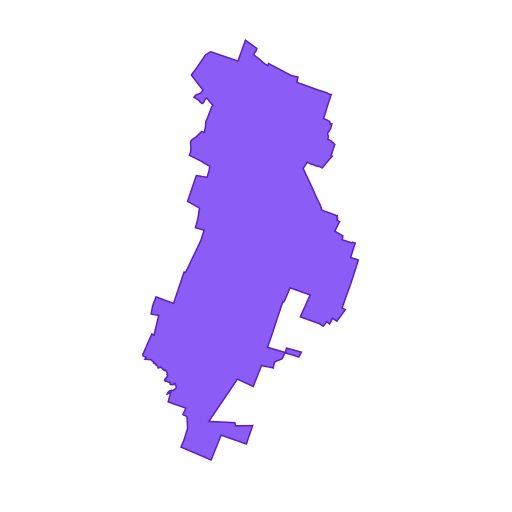 outline of Tzucacab, Quintana Roo, Mexico, rotated 12°
{"feature_id": "50627088B84672530546512", "entity_name": "Tzucacab", "entity_type": "district", "adm_level": 2, "iso_a3": "MEX", "parent_name": "Mexico", "parent_adm1": "Quintana Roo", "projection": "mercator", "projection_center": [-89.047, 19.921], "detail": "fine", "context": "isolated", "style": "filled", "palette": "violet", "viewbox_px": 512, "rotation_deg": 12, "n_neighbors": 0, "source": "geoboundaries", "source_scale": "gbopen_adm2", "svg_char_len": 6001}
<svg xmlns="http://www.w3.org/2000/svg" viewBox="0 0 512 512"><g transform="rotate(12 256 256)"><path d="M318.9,345.9L320.4,340.6L305.0,339.7L305.0,341.5L304.8,342.0L304.8,342.4L305.3,344.3L297.2,343.7L295.0,343.5L293.0,343.4L289.0,343.1L286.2,342.9L286.5,340.5L286.8,338.4L287.0,336.9L287.2,335.6L288.1,328.4L289.1,318.6L289.4,315.6L290.5,306.0L290.8,304.0L291.0,301.5L291.6,296.5L291.6,296.1L291.7,295.4L292.7,295.2L293.2,293.6L294.0,289.8L294.4,288.1L295.1,284.3L295.7,280.8L295.9,280.1L296.3,280.0L296.5,280.1L302.4,280.9L307.0,281.5L312.1,282.2L317.1,282.8L316.0,287.8L315.4,290.4L315.0,292.7L313.9,297.6L313.6,298.7L312.8,302.6L312.0,306.3L315.6,306.8L320.6,307.5L331.8,309.0L336.4,310.6L338.9,305.6L342.1,307.1L343.8,301.1L348.7,302.9L354.5,289.9L351.0,289.0L352.5,277.5L353.1,273.2L354.3,264.6L355.2,256.3L355.6,252.3L355.8,251.0L356.8,239.9L356.9,238.6L354.4,238.3L351.5,238.0L348.9,237.8L350.0,226.3L350.4,222.8L347.5,222.5L346.7,223.2L337.0,222.2L336.8,218.3L327.9,215.3L330.6,205.0L330.1,205.0L329.3,204.8L328.9,204.7L327.8,203.9L328.0,201.9L327.3,201.6L327.1,199.7L319.4,198.7L315.5,198.1L311.1,197.5L310.2,196.7L310.2,196.0L309.3,194.5L308.0,192.5L303.0,186.2L300.2,182.2L294.8,174.9L291.0,169.9L288.2,166.3L283.9,160.5L286.1,155.1L286.7,153.5L290.2,154.6L293.5,154.8L295.2,155.2L296.6,155.5L298.3,155.2L299.2,155.4L299.6,155.3L299.8,155.4L301.0,155.7L302.5,156.1L304.5,152.2L306.4,148.6L307.9,145.8L309.9,142.5L308.6,142.2L309.1,137.4L309.4,134.6L309.7,131.3L309.9,130.5L305.8,128.0L304.1,127.4L302.0,126.9L302.0,124.0L300.8,122.0L300.6,120.9L300.7,120.5L301.3,119.1L302.1,116.9L302.5,115.9L302.7,110.9L301.0,111.1L301.0,110.7L300.1,109.2L296.8,108.1L293.5,107.5L293.6,106.3L293.8,104.3L293.9,104.0L293.9,103.6L294.4,98.1L294.6,96.1L294.7,94.2L294.9,92.3L295.0,91.8L295.0,91.7L295.0,91.1L295.0,90.7L295.0,90.4L295.1,90.1L295.2,89.5L295.2,89.2L295.3,88.9L295.3,88.5L295.5,87.2L295.9,83.4L295.9,83.2L296.1,82.3L295.6,82.3L295.3,82.4L294.9,82.6L294.1,82.5L293.8,82.4L293.3,82.3L293.2,82.2L292.8,82.1L292.6,82.0L291.9,81.7L290.1,81.5L289.4,81.4L288.9,81.4L288.4,81.3L286.6,81.1L286.0,81.0L285.2,80.9L284.3,81.0L283.7,80.9L259.8,77.6L259.8,76.6L259.8,72.2L258.5,72.2L257.8,72.2L252.8,72.1L252.5,72.1L249.6,71.2L247.1,70.5L246.4,70.3L245.1,69.9L244.4,69.7L242.0,69.0L241.1,68.8L240.6,68.6L237.0,67.6L236.2,67.4L233.4,66.5L232.5,66.3L231.2,66.0L230.7,65.8L228.3,65.1L228.0,67.0L227.9,67.3L226.1,66.7L225.0,66.4L222.2,64.9L221.1,64.3L219.9,63.6L218.7,62.9L218.2,62.7L216.6,61.9L215.6,61.3L214.9,61.2L213.9,60.7L213.3,60.3L212.7,59.9L212.2,59.1L212.2,58.7L212.2,58.2L212.3,57.8L212.3,57.3L212.4,57.2L212.6,56.9L212.9,56.6L213.2,55.9L213.4,55.4L213.5,54.8L213.6,53.8L213.7,52.8L211.3,51.8L210.2,51.3L200.8,47.1L200.3,51.2L197.8,69.1L169.3,65.6L164.9,69.6L157.9,86.6L156.5,89.4L155.1,92.4L168.1,103.5L169.8,104.6L169.5,105.1L169.0,105.9L168.2,107.7L168.0,108.1L167.7,108.4L167.1,108.8L166.9,108.9L166.6,109.1L166.4,109.3L166.1,109.5L165.6,109.9L165.3,110.1L165.1,110.2L164.9,110.2L164.5,110.3L164.1,110.6L163.7,111.0L163.3,111.7L163.2,111.9L163.0,112.6L162.7,112.9L162.4,113.3L162.2,113.6L165.9,114.9L166.9,115.2L167.5,115.6L168.5,116.1L168.8,116.4L169.1,116.8L169.3,117.0L171.2,118.0L171.6,118.0L171.8,118.0L172.6,117.1L172.8,116.8L172.9,116.6L173.0,116.4L173.3,114.6L173.4,114.4L173.5,114.0L173.8,113.3L174.2,112.4L174.4,112.0L174.9,112.0L175.3,112.1L175.7,112.3L182.4,117.6L181.7,119.3L179.7,131.7L179.0,134.9L179.6,139.8L179.8,145.9L176.9,145.6L173.2,151.2L171.9,152.9L171.2,153.3L168.7,156.3L168.3,157.0L168.5,159.3L169.7,162.9L170.4,167.3L169.9,171.4L175.7,172.8L178.6,173.6L182.4,174.5L186.4,176.2L188.3,176.5L189.2,176.9L191.0,177.5L192.1,177.7L192.2,178.4L192.2,179.6L192.3,181.0L192.4,181.4L192.4,182.0L192.0,186.0L192.0,186.8L191.9,187.7L191.9,188.3L191.8,188.9L191.8,189.2L180.9,189.7L177.7,216.8L178.1,217.0L179.3,217.3L180.2,217.6L180.7,217.7L181.0,217.8L181.4,218.0L181.6,218.0L183.3,218.6L184.5,218.9L185.6,219.3L186.1,219.5L186.9,219.7L187.3,219.8L188.4,220.1L188.7,220.2L189.1,220.2L189.7,220.5L190.5,220.8L190.8,220.9L190.8,222.2L190.8,222.7L190.9,223.5L190.9,224.3L191.0,225.2L191.1,226.7L191.2,227.1L191.2,227.4L191.3,228.6L191.3,229.3L191.3,230.3L191.3,231.4L191.3,231.9L191.3,232.6L191.1,236.6L191.1,237.6L191.0,239.1L190.9,239.5L190.9,240.9L192.3,241.0L193.6,241.1L197.4,241.3L198.9,241.4L199.9,241.4L199.8,241.9L199.8,242.5L199.6,243.8L199.6,244.2L199.6,244.6L199.3,247.4L199.2,248.5L199.1,248.9L198.8,252.7L198.7,252.9L190.5,286.8L189.0,286.6L185.2,319.5L166.7,316.8L165.3,326.0L165.4,334.5L173.2,334.4L172.7,354.7L170.4,353.9L168.7,361.5L165.7,376.2L166.7,377.4L169.7,378.0L168.8,380.0L174.7,379.4L175.7,379.6L176.2,380.3L177.5,381.0L178.0,381.0L177.9,381.5L178.5,382.4L180.1,382.0L180.4,383.2L181.1,383.1L182.8,384.5L183.6,385.9L186.2,384.5L187.0,385.2L190.1,387.1L190.9,386.2L191.9,386.9L192.1,387.3L193.6,389.0L193.6,390.5L194.2,390.7L194.3,392.2L193.9,392.8L193.4,394.4L192.5,395.4L192.4,396.7L193.5,397.4L194.0,397.0L197.0,397.6L198.4,397.4L198.5,399.1L199.6,399.6L200.3,399.2L201.5,399.3L202.3,397.6L203.2,397.5L203.6,398.9L204.5,399.3L205.1,400.4L205.3,401.9L204.6,402.7L202.8,404.8L201.6,404.8L201.1,405.6L199.9,405.6L198.5,407.2L197.9,409.0L197.8,409.5L201.1,407.2L200.8,409.6L200.4,417.0L219.0,419.4L217.5,426.4L221.8,427.3L224.9,438.7L223.8,451.0L222.3,458.5L254.5,464.9L259.1,438.5L285.7,441.9L286.3,436.2L288.0,422.5L286.4,423.1L285.7,423.1L271.3,426.3L270.0,423.4L244.3,427.6L245.8,423.7L257.3,395.4L263.4,380.3L268.7,381.5L270.7,382.0L272.1,382.3L275.8,383.1L277.9,383.7L278.4,383.7L279.0,384.0L279.3,384.1L279.8,384.2L280.4,384.3L280.7,382.9L280.8,381.7L281.1,380.2L282.0,374.7L282.9,369.6L283.3,367.3L283.5,366.1L283.7,364.8L283.8,364.1L284.0,362.9L284.1,362.0L286.1,362.0L286.4,362.0L287.0,362.0L288.1,362.0L288.8,362.0L289.9,362.0L291.0,361.9L292.1,361.9L296.3,361.9L296.0,360.4L296.1,359.4L296.1,358.1L296.3,355.8L298.5,354.2L303.0,351.1L304.3,344.8L312.2,345.2L316.7,345.8L318.9,345.9Z" fill="#8b5cf6" stroke="#5b21b6" stroke-width="1.5"/></g></svg>